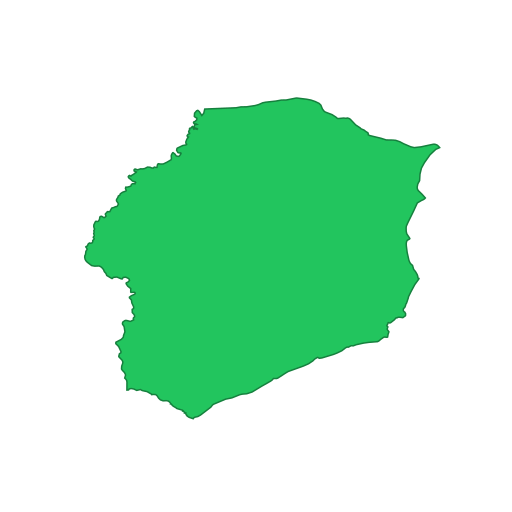 Lospalos, Lautém, East Timor (orthographic projection), rotated 24°
{"feature_id": "22284137B26175223982630", "entity_name": "Lospalos", "entity_type": "district", "adm_level": 2, "iso_a3": "TLS", "parent_name": "East Timor", "parent_adm1": "Lautém", "projection": "orthographic", "projection_center": [126.99, -8.54], "detail": "fine", "context": "isolated", "style": "filled", "palette": "green", "viewbox_px": 512, "rotation_deg": 24, "n_neighbors": 0, "source": "geoboundaries", "source_scale": "gbopen_adm2", "svg_char_len": 6094}
<svg xmlns="http://www.w3.org/2000/svg" viewBox="0 0 512 512"><g transform="rotate(24 256 256)"><path d="M192.6,431.0L194.1,430.2L194.3,428.9L196.0,427.8L198.5,427.2L201.7,427.3L204.7,425.0L206.8,425.2L211.7,424.2L216.6,424.7L217.2,425.1L218.1,424.4L220.7,423.4L222.3,423.8L224.9,425.5L227.2,426.3L230.0,426.1L233.0,424.6L234.9,424.2L236.9,424.7L238.0,425.5L238.1,425.9L238.6,425.6L240.5,426.6L241.8,426.9L244.7,427.2L245.4,427.5L246.0,427.5L251.4,426.8L251.9,426.9L252.0,427.4L252.6,427.1L253.2,427.4L253.0,427.6L255.0,428.0L254.9,428.3L255.4,428.1L255.3,428.5L255.8,428.5L256.1,428.9L256.7,429.0L257.2,429.7L257.8,429.7L258.1,430.2L260.5,430.6L264.8,430.2L265.0,429.1L265.6,428.2L268.2,426.3L270.1,423.7L276.2,412.5L276.9,409.7L277.6,408.6L286.5,399.1L291.7,395.4L297.6,389.3L299.6,387.8L303.6,385.6L307.8,381.8L314.1,372.7L320.3,364.3L321.2,362.7L321.8,360.8L324.4,359.7L325.5,358.8L330.7,350.8L332.4,348.4L344.1,337.2L347.9,333.0L350.6,328.7L351.5,326.3L353.3,323.7L353.8,323.5L355.4,323.7L357.7,322.3L366.7,314.5L369.4,311.8L372.9,307.7L375.2,303.4L376.2,302.2L377.6,301.6L379.3,299.3L381.4,298.5L383.6,296.3L389.7,291.8L394.2,289.0L401.9,284.8L402.9,283.5L403.8,281.5L405.5,278.6L406.3,277.8L408.7,277.0L409.2,276.5L408.5,273.8L408.3,271.4L408.1,271.0L406.6,270.3L405.5,269.4L405.3,267.1L404.1,266.7L403.8,266.3L404.0,264.5L403.8,263.4L404.0,263.0L405.4,262.8L406.1,262.2L408.4,257.9L409.0,255.7L409.4,255.3L409.9,255.3L410.6,254.3L411.5,253.7L415.2,252.6L416.8,249.9L416.8,249.4L416.1,247.8L414.6,246.7L413.9,246.7L413.2,246.3L412.7,245.8L412.2,244.5L412.2,243.9L412.8,242.6L412.8,241.1L412.5,238.9L412.7,237.8L412.2,232.5L411.9,231.2L412.1,225.6L412.7,217.5L414.1,210.9L414.0,210.2L413.1,210.2L412.6,209.9L412.1,208.8L410.7,207.3L407.9,205.3L405.5,204.1L402.8,200.9L400.8,200.3L399.2,199.4L397.5,197.8L392.6,191.2L389.1,185.4L388.1,183.3L387.7,181.6L387.8,180.2L389.4,178.0L389.4,177.4L384.7,174.4L383.1,172.2L381.6,169.0L381.2,167.5L381.2,163.6L381.7,150.5L381.8,141.9L384.7,137.8L385.6,136.9L386.7,135.3L387.1,134.1L382.7,132.1L377.6,130.2L376.6,129.5L375.8,128.6L375.2,127.4L374.5,124.3L374.8,120.6L372.5,114.5L371.4,108.4L371.9,102.3L373.8,92.8L376.9,85.4L379.7,82.3L378.5,81.7L376.6,81.0L375.3,81.0L374.1,81.1L372.6,81.7L362.3,89.2L356.5,92.6L352.9,93.3L345.1,93.4L340.8,93.1L336.6,93.5L333.7,94.5L327.8,97.0L322.3,97.6L310.9,99.7L309.2,99.6L308.7,98.5L308.1,97.9L305.7,97.6L303.5,97.0L300.2,97.1L299.1,96.6L293.7,95.7L286.5,92.7L284.9,92.5L283.2,92.8L282.3,93.6L280.0,94.3L275.0,97.1L274.4,97.2L272.5,96.6L267.9,95.9L260.8,96.3L259.5,96.1L256.9,94.7L253.9,91.8L251.5,90.9L247.1,90.8L242.7,91.2L238.4,92.2L229.0,95.1L227.8,95.8L220.0,101.3L215.8,103.2L211.1,106.4L202.2,111.6L199.8,113.3L196.7,116.7L193.9,119.0L186.6,123.6L181.6,125.9L177.5,128.7L149.4,142.6L150.2,146.8L149.4,149.7L145.4,147.1L143.6,146.6L142.7,147.5L141.8,150.5L142.8,153.5L144.1,154.0L145.9,154.1L146.5,155.7L145.6,157.8L144.6,158.9L144.7,159.7L145.6,160.3L146.4,160.2L147.6,159.7L148.5,159.8L147.0,160.8L146.7,161.2L146.8,162.9L147.9,163.9L150.5,163.5L150.9,163.7L150.7,164.3L148.8,164.4L147.7,165.5L146.8,165.0L146.2,163.9L145.3,163.5L145.0,163.9L144.7,165.3L143.5,166.3L143.5,167.1L144.0,167.3L144.1,167.8L143.8,169.2L143.9,169.8L144.3,170.3L145.4,170.7L145.6,171.2L144.5,172.3L144.1,174.0L144.8,174.9L145.9,174.8L145.3,177.5L145.5,180.4L146.1,181.5L147.0,181.9L147.3,182.4L146.6,183.2L144.2,184.8L141.2,188.3L140.2,189.5L140.1,190.2L140.5,191.8L142.7,193.3L144.0,193.1L145.2,192.4L145.7,192.6L145.8,193.7L145.4,195.6L145.0,196.4L142.6,197.1L140.6,195.9L138.2,195.3L137.9,195.5L137.6,197.4L137.8,199.0L139.0,201.1L139.3,202.6L136.6,206.4L133.9,209.6L131.7,210.7L129.3,211.4L128.9,212.0L128.9,213.0L129.5,215.4L128.2,215.9L127.2,216.0L126.8,216.3L126.5,217.4L124.9,218.0L123.2,218.0L120.7,218.9L118.8,221.3L116.9,222.6L115.1,223.3L112.8,225.4L110.1,225.7L109.6,226.5L109.6,227.1L110.1,227.9L112.6,227.9L112.5,228.5L112.0,228.9L111.0,231.0L109.6,232.9L109.5,233.6L109.0,234.0L107.9,233.7L107.3,234.3L107.0,235.3L107.2,235.8L108.6,236.7L109.9,236.8L112.7,237.8L115.6,237.4L116.2,237.8L115.9,238.7L116.1,239.2L114.1,240.0L113.6,240.4L113.1,241.4L113.2,243.1L110.8,245.2L109.0,246.1L109.3,247.5L110.8,248.8L110.7,249.6L108.1,252.1L106.9,254.1L106.7,254.7L106.9,255.6L105.8,257.3L106.0,258.5L105.7,260.4L105.7,261.6L106.2,262.4L108.7,264.0L109.2,264.6L108.9,267.2L108.1,267.9L107.4,268.2L106.7,269.2L104.7,270.9L104.4,275.0L102.2,275.9L102.0,276.4L102.0,277.0L101.3,278.5L101.4,279.2L102.8,280.6L102.5,281.5L101.6,282.8L98.8,282.5L97.7,283.2L97.5,284.0L98.1,286.2L97.9,288.3L97.3,288.9L95.6,289.4L95.3,290.1L95.2,293.5L95.8,295.1L96.9,296.5L97.3,296.6L97.6,297.2L97.5,298.7L98.5,300.3L98.6,301.6L99.8,302.8L100.0,303.4L99.7,304.7L99.9,305.4L100.8,305.7L101.2,306.1L101.2,306.7L100.5,308.2L101.1,309.3L100.9,310.7L100.0,311.5L99.3,311.8L98.8,311.7L97.9,312.8L97.8,314.0L97.9,315.3L96.9,316.5L96.8,316.9L98.7,318.1L99.0,318.6L98.7,320.9L99.6,324.0L99.5,325.3L100.0,326.8L101.2,328.5L102.5,329.5L104.3,330.3L109.7,331.6L112.7,330.9L116.8,328.9L118.8,329.0L120.6,329.6L122.3,330.5L123.8,332.0L125.9,332.9L127.6,334.5L133.4,335.2L134.0,334.9L134.3,333.6L137.1,332.0L137.6,331.8L142.2,331.7L143.1,331.4L143.4,329.6L145.6,328.3L148.5,328.4L149.6,328.8L150.4,329.8L149.5,332.2L148.5,333.1L148.4,333.6L148.7,334.2L151.0,335.7L154.8,336.7L156.2,339.9L156.6,340.1L159.6,338.6L160.2,338.6L160.6,339.0L160.9,339.6L160.7,340.3L158.2,343.1L157.1,345.1L157.4,345.7L160.0,346.8L161.7,349.4L165.0,352.3L165.5,353.8L164.6,355.1L164.8,355.6L166.0,358.0L168.5,359.1L169.5,360.2L169.8,361.0L169.2,362.4L169.4,363.2L170.2,364.1L168.1,366.6L167.6,366.9L164.1,367.5L163.0,367.9L162.3,368.6L161.2,370.5L161.3,371.7L161.8,372.6L164.2,374.1L167.1,378.6L167.3,382.4L167.8,384.3L166.9,386.9L163.1,391.7L163.4,392.8L164.3,393.5L165.6,393.8L167.5,394.7L171.6,398.3L171.9,399.5L171.0,400.8L171.4,403.4L171.8,403.9L176.1,405.7L177.5,407.0L177.9,408.5L178.1,411.2L179.1,413.9L180.4,414.8L183.1,415.9L184.7,417.1L185.3,418.0L185.7,420.9L187.7,421.7L188.7,422.6L189.4,423.7L192.6,431.0Z" fill="#22c55e" stroke="#15803d" stroke-width="1.5"/></g></svg>